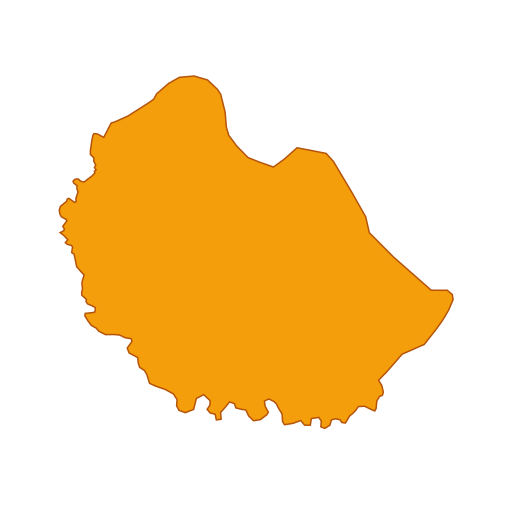 Kwali, Federal Capital Territory, Nigeria, rotated 279°
{"feature_id": "59680162B82021418174103", "entity_name": "Kwali", "entity_type": "district", "adm_level": 2, "iso_a3": "NGA", "parent_name": "Nigeria", "parent_adm1": "Federal Capital Territory", "projection": "robinson", "projection_center": [6.945, 8.73], "detail": "fine", "context": "isolated", "style": "filled", "palette": "amber", "viewbox_px": 512, "rotation_deg": 279, "n_neighbors": 0, "source": "geoboundaries", "source_scale": "gbopen_adm2", "svg_char_len": 2576}
<svg xmlns="http://www.w3.org/2000/svg" viewBox="0 0 512 512"><g transform="rotate(279 256 256)"><path d="M351.7,80.3L351.6,76.9L349.9,76.1L344.5,75.8L337.6,75.9L334.4,75.9L333.3,76.1L330.2,76.6L330.1,77.1L327.4,80.6L324.3,80.9L320.7,83.5L318.1,82.6L316.1,84.6L314.4,83.1L312.8,83.9L309.5,81.6L305.7,77.9L302.4,74.9L302.1,73.1L302.7,70.7L304.2,68.6L304.0,66.4L302.9,64.6L301.2,63.6L299.6,64.5L297.4,68.3L294.6,68.5L291.4,70.2L284.8,69.1L281.5,69.8L280.6,68.2L281.1,67.3L283.7,62.1L282.7,60.6L280.4,60.4L274.5,55.1L270.6,54.5L266.8,55.7L264.3,57.6L262.3,63.0L261.2,63.7L255.0,60.5L252.9,62.4L251.0,62.3L248.4,58.9L246.4,62.7L242.6,67.6L239.4,65.6L238.1,67.5L237.5,72.1L236.3,73.4L230.5,73.4L229.4,76.0L217.3,80.6L212.4,86.5L210.8,88.6L210.5,89.1L202.3,88.2L196.3,89.8L192.6,89.5L190.0,90.1L186.5,95.3L184.4,95.2L182.3,97.2L181.4,101.1L180.0,105.2L178.2,105.7L175.4,105.5L174.5,103.3L172.6,96.3L170.1,96.3L165.6,100.2L161.6,104.3L159.8,109.4L157.1,112.5L154.8,119.7L156.2,127.8L156.6,133.5L154.8,139.6L154.8,145.8L152.1,146.8L144.9,143.2L140.4,145.8L137.2,155.0L132.1,156.4L131.8,156.5L127.8,158.5L125.5,163.7L121.9,166.7L113.6,170.8L111.8,177.0L110.0,187.2L106.9,195.9L101.9,200.5L95.6,201.0L91.5,204.1L90.2,210.7L94.7,218.4L106.0,219.4L110.9,226.1L105.9,233.3L101.4,233.8L96.9,231.7L93.8,235.3L93.3,240.4L87.9,242.5L89.3,247.1L96.0,245.5L102.3,249.6L107.7,252.7L107.7,252.8L106.8,257.8L102.8,259.9L102.3,266.0L102.3,270.1L96.9,273.7L92.9,279.3L95.1,286.0L101.0,291.6L103.7,292.6L109.1,288.5L114.1,287.0L116.8,291.1L115.0,296.7L113.1,299.3L109.5,301.8L104.1,306.4L100.1,307.4L96.9,308.0L93.8,310.5L96.5,318.7L100.5,325.9L96.5,330.5L97.4,336.1L104.1,336.1L106.4,343.3L103.2,346.3L97.4,346.8L96.5,350.9L100.5,355.5L105.9,356.1L107.7,360.1L107.3,364.8L105.0,366.8L105.0,370.4L108.6,371.9L112.7,373.5L115.4,376.0L119.0,378.6L123.3,380.6L124.6,386.8L122.4,393.9L121.5,397.5L124.2,398.5L131.8,398.0L136.8,400.1L138.1,402.6L141.3,403.1L147.6,400.6L152.5,396.5L157.9,400.3L161.8,403.1L181.9,415.7L195.0,436.0L211.6,445.3L220.7,449.9L226.0,452.1L232.9,454.8L243.8,457.5L248.7,455.9L252.1,450.2L251.2,445.0L249.6,434.4L276.4,392.1L296.7,364.3L311.7,358.3L333.4,341.1L361.5,317.7L368.3,309.2L368.7,298.7L369.3,279.6L356.0,268.7L346.6,259.3L347.2,256.1L347.6,253.8L349.3,244.5L352.0,232.7L361.5,219.9L370.9,210.2L378.6,206.6L392.8,203.1L393.0,203.1L410.1,195.9L414.6,191.8L422.3,180.6L423.1,174.2L424.1,166.7L420.5,152.4L412.8,142.7L400.6,132.5L394.8,130.4L389.4,124.8L374.1,107.4L366.4,95.6L364.6,92.1L349.4,87.1L351.7,80.3Z" fill="#f59e0b" stroke="#b45309" stroke-width="1.5"/></g></svg>